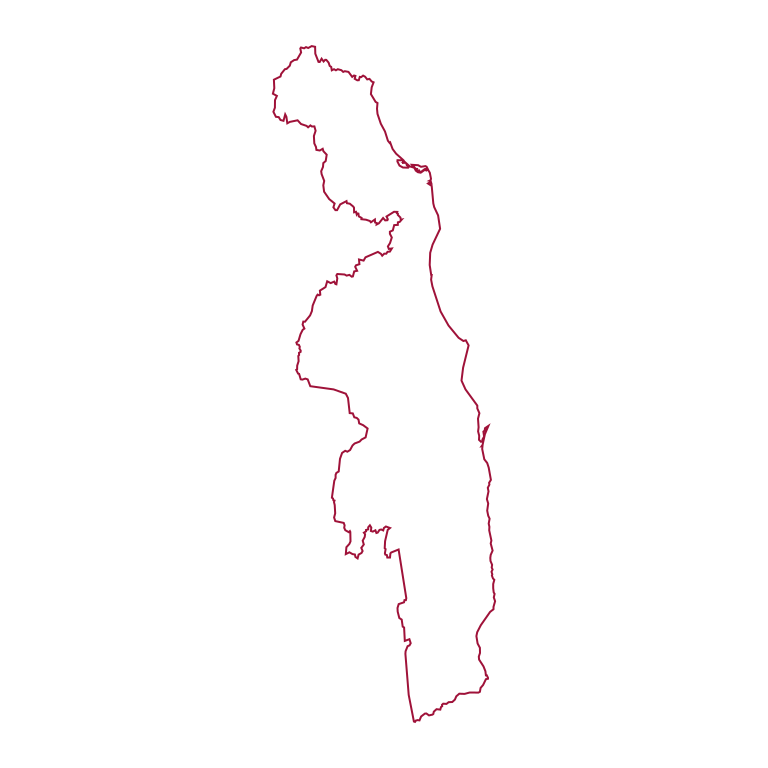 Nkhotakota, Nkhotakota, Malawi
{"feature_id": "42251766B56128896232398", "entity_name": "Nkhotakota", "entity_type": "district", "adm_level": 2, "iso_a3": "MWI", "parent_name": "Malawi", "parent_adm1": "Nkhotakota", "projection": "equal_earth", "projection_center": [34.171, -12.833], "detail": "fine", "context": "isolated", "style": "outline", "palette": "rose", "viewbox_px": 768, "rotation_deg": 0, "n_neighbors": 0, "source": "geoboundaries", "source_scale": "gbopen_adm2", "svg_char_len": 6074}
<svg xmlns="http://www.w3.org/2000/svg" viewBox="0 0 768 768"><path d="M335.6,474.8L335.6,478.0L334.3,480.7L331.9,497.7L333.0,498.5L333.4,500.3L334.5,500.6L334.0,502.1L334.7,505.0L335.2,513.3L334.1,517.5L335.3,521.1L343.7,522.9L344.6,525.3L344.2,527.8L345.3,530.2L348.8,532.2L349.9,531.1L350.3,531.9L350.5,541.4L349.4,543.9L346.4,547.2L345.8,554.1L349.4,552.3L352.5,554.1L354.9,554.5L355.4,556.9L357.6,558.4L358.6,554.6L361.5,553.0L362.6,551.0L361.3,547.9L363.8,544.5L362.7,540.7L364.7,537.0L365.1,534.2L363.9,532.7L366.1,531.3L366.0,530.0L368.2,529.4L368.2,527.3L369.9,525.3L371.3,527.6L370.9,531.0L372.8,531.6L375.4,530.3L376.4,533.0L377.7,532.6L379.5,529.9L381.2,529.5L383.2,530.4L383.9,528.0L385.9,526.5L390.0,528.0L387.7,529.9L385.1,541.1L384.7,548.2L385.6,549.1L384.9,553.3L385.3,554.6L386.9,555.1L387.3,557.5L390.0,557.5L390.4,553.4L391.2,552.5L398.6,549.5L406.3,598.2L405.9,600.1L404.5,600.1L404.0,602.3L398.7,604.1L397.5,608.0L397.7,611.7L399.3,618.0L401.7,619.6L402.7,626.6L404.1,627.5L404.8,640.9L409.4,639.2L410.7,643.2L409.5,645.4L407.6,646.2L405.6,651.2L405.4,653.8L408.7,694.9L413.9,721.5L415.0,721.9L415.8,720.6L417.6,720.1L419.5,720.4L421.1,716.5L424.9,713.6L426.4,713.5L429.0,715.4L432.5,714.6L433.3,714.0L433.8,711.7L436.5,709.2L440.3,709.6L441.0,707.1L442.2,706.2L442.0,704.8L443.2,703.7L446.5,703.9L448.6,702.2L452.3,702.0L454.9,699.6L456.3,696.3L459.3,693.7L464.6,693.9L469.7,692.5L478.4,692.6L479.9,691.8L480.6,687.9L483.1,685.0L485.9,679.2L488.0,678.7L488.0,677.8L486.7,675.2L485.9,675.3L485.4,671.2L483.5,666.4L479.1,659.6L478.8,656.6L480.0,653.0L479.9,647.8L477.6,643.5L476.4,636.1L477.2,632.2L480.8,625.2L490.1,611.9L493.5,609.2L493.5,606.9L495.1,601.2L493.8,597.4L494.6,593.9L493.7,592.4L493.2,588.2L493.2,584.0L494.3,579.8L493.0,578.5L491.9,575.6L492.3,574.3L491.5,571.8L492.6,569.5L491.7,567.6L492.1,564.8L490.5,561.0L490.3,557.9L490.7,554.9L492.6,550.6L490.7,543.4L491.4,540.6L489.2,530.3L489.4,526.8L488.7,523.6L489.6,518.7L488.2,515.7L487.2,510.6L488.2,503.5L486.9,499.1L488.5,491.4L487.8,487.8L489.4,484.6L489.1,482.8L490.9,479.9L488.7,467.6L487.2,463.0L484.3,459.3L482.2,449.0L482.5,445.9L481.7,446.1L482.6,444.8L484.9,434.2L488.4,425.9L485.0,428.2L484.7,430.5L483.4,431.6L484.1,436.6L482.5,439.4L482.2,441.4L481.0,441.8L479.0,439.8L479.2,435.8L478.1,431.4L478.6,427.2L478.0,418.7L479.4,413.2L477.3,408.4L477.3,405.6L465.5,389.4L461.5,380.6L463.1,367.7L468.6,345.4L465.8,340.3L463.4,341.0L458.6,337.8L448.5,325.5L440.6,311.5L432.4,286.3L431.1,279.6L431.7,275.0L431.2,275.0L429.7,265.0L430.2,252.8L432.6,244.6L440.1,228.8L438.1,215.4L434.2,207.1L433.3,203.4L431.7,185.9L428.0,183.5L430.1,182.1L430.0,183.4L431.4,183.6L430.6,180.9L429.6,180.7L430.6,180.2L431.0,178.8L429.8,172.7L427.8,169.3L426.5,170.5L424.7,169.9L420.7,172.7L417.9,172.2L415.8,170.6L414.2,167.7L409.8,166.4L406.2,163.2L406.8,165.2L408.9,166.8L408.1,167.7L402.9,167.5L399.5,165.6L397.4,161.5L397.5,160.2L403.0,160.3L403.0,162.9L405.2,162.8L403.6,162.3L404.6,161.9L403.5,160.3L396.1,153.7L392.6,149.0L390.2,142.5L389.7,143.0L387.9,140.7L385.0,131.5L380.8,123.7L377.5,113.9L377.0,108.7L377.5,103.0L375.6,101.9L370.9,94.1L371.7,87.3L373.6,82.3L371.7,81.5L369.5,78.9L367.2,79.4L365.1,76.7L363.1,75.6L361.2,77.1L359.8,76.9L358.8,80.2L357.3,80.3L354.7,78.8L355.4,75.9L354.0,75.5L352.2,76.9L348.5,71.9L344.8,71.2L343.2,71.9L341.4,70.2L337.8,69.2L335.9,70.3L334.0,69.2L331.8,70.3L331.2,66.9L329.7,65.9L328.6,62.6L326.3,59.9L325.2,59.8L323.6,61.5L321.6,58.7L319.7,62.0L318.5,61.9L315.3,53.7L315.1,46.8L311.7,46.1L308.2,48.0L306.0,47.1L304.1,48.3L301.0,47.5L300.3,48.5L301.1,52.5L297.0,59.6L294.1,60.1L290.8,62.3L289.8,65.7L286.6,68.9L284.9,69.2L281.2,73.8L280.5,76.5L273.9,79.7L274.3,88.2L272.9,93.7L276.9,95.9L275.0,100.1L274.9,107.7L273.4,111.8L275.9,116.8L278.7,117.1L280.5,120.0L283.5,120.8L285.2,114.4L286.4,116.8L287.3,123.3L289.8,121.9L297.6,120.3L301.0,124.0L306.6,125.9L308.1,127.3L310.4,125.4L311.9,126.5L314.4,126.4L315.6,130.8L313.9,136.0L314.3,143.4L316.0,147.0L316.4,149.9L319.8,150.5L322.7,148.8L323.4,151.2L326.7,154.7L325.7,161.0L323.3,163.1L323.0,166.9L321.2,171.2L321.6,174.1L324.2,180.9L323.3,185.3L324.1,191.7L329.2,199.1L334.6,203.5L333.4,207.3L335.4,210.1L337.1,210.1L340.2,204.4L346.5,201.1L346.9,203.2L349.8,203.7L353.3,206.6L354.0,207.7L354.1,212.3L356.0,211.8L356.7,214.4L357.3,213.4L358.4,213.6L358.8,216.4L361.6,217.9L361.4,219.2L366.0,219.7L369.9,221.0L370.9,222.3L374.9,219.5L375.1,222.5L376.8,223.1L376.6,224.5L378.9,223.3L383.1,218.0L385.2,220.4L387.4,220.2L387.8,219.2L386.5,216.5L394.0,211.8L397.3,211.9L396.9,213.2L397.9,213.8L397.8,214.9L400.4,217.5L400.8,219.8L401.7,219.6L399.7,221.9L397.9,222.3L397.8,224.9L394.2,225.1L392.8,230.4L389.9,231.7L389.9,233.8L391.8,237.5L390.0,243.1L387.9,246.4L388.8,248.9L391.8,248.5L389.9,251.6L387.5,251.8L386.3,253.7L384.2,253.7L382.2,255.7L380.9,253.8L377.9,251.9L365.5,257.3L363.6,260.6L359.0,259.5L359.4,264.2L356.0,265.3L355.2,266.8L357.1,270.8L354.2,271.4L352.9,276.4L351.8,276.7L349.4,274.9L346.6,275.6L344.6,274.5L337.3,274.0L336.4,275.4L337.3,278.3L336.4,284.3L335.4,284.0L334.2,281.6L330.7,283.1L327.2,281.3L325.5,287.1L319.9,290.6L320.3,294.7L319.0,295.3L317.6,294.6L316.6,296.0L312.7,305.5L311.9,311.1L310.1,315.4L305.0,321.7L303.3,321.6L302.6,324.6L304.4,328.6L302.7,329.8L300.5,334.2L298.5,340.9L296.4,342.5L297.0,344.4L298.9,344.9L299.8,346.8L299.4,348.5L300.7,350.6L300.6,351.9L299.0,352.8L299.1,355.0L298.3,356.0L298.6,361.2L297.2,365.6L297.1,369.3L296.2,369.9L298.1,373.6L299.1,373.9L300.7,379.3L302.4,379.6L305.3,378.6L307.7,379.4L310.3,386.2L333.6,389.4L345.8,393.7L348.0,398.0L349.7,413.1L352.8,413.4L354.3,417.3L356.7,417.9L358.5,419.6L359.2,423.4L363.2,425.2L367.6,428.5L365.6,437.4L361.6,439.5L359.6,441.6L354.6,443.5L352.5,445.5L350.1,450.0L347.4,451.7L345.2,450.8L342.1,452.9L340.0,458.8L338.7,471.5L336.4,472.9L335.6,474.8ZM418.1,165.2L411.9,164.8L412.5,165.6L412.0,166.3L413.8,166.4L415.6,168.8L416.9,168.9L416.3,170.4L419.0,170.4L419.0,171.4L421.2,171.8L424.7,169.1L427.5,168.5L426.6,166.7L425.4,166.1L421.0,166.8L418.1,165.2Z" fill="none" stroke="#9f1239" stroke-width="2"/></svg>